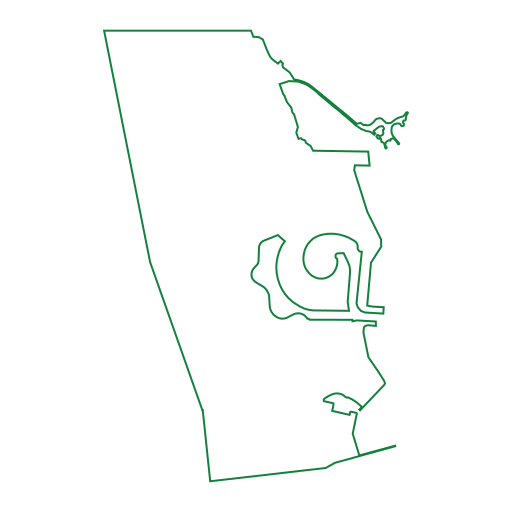 69, Al Daayen, Qatar (Robinson projection)
{"feature_id": "91078587B70962484835494", "entity_name": "69", "entity_type": "district", "adm_level": 2, "iso_a3": "QAT", "parent_name": "Qatar", "parent_adm1": "Al Daayen", "projection": "robinson", "projection_center": [51.528, 25.422], "detail": "fine", "context": "isolated", "style": "outline", "palette": "green", "viewbox_px": 512, "rotation_deg": 0, "n_neighbors": 0, "source": "geoboundaries", "source_scale": "gbopen_adm2", "svg_char_len": 5050}
<svg xmlns="http://www.w3.org/2000/svg" viewBox="0 0 512 512"><path d="M212.4,481.0L300.2,470.9L325.6,468.0L335.0,462.8L395.2,446.2L395.1,445.7L359.3,455.4L352.7,433.7L356.8,413.8L356.5,412.9L351.5,411.8L351.0,411.7L350.1,412.2L349.6,414.9L345.4,413.9L332.2,410.9L333.6,404.1L333.4,403.3L324.1,401.2L323.7,400.8L323.7,400.0L324.2,398.9L326.0,397.5L329.0,395.8L332.5,394.2L335.1,393.5L337.1,393.4L339.0,393.6L341.2,394.1L343.2,395.1L345.5,397.0L346.4,397.5L347.2,397.6L348.0,397.4L352.3,399.5L354.7,401.0L357.0,402.7L359.6,404.9L361.6,406.7L361.5,407.4L359.4,409.5L360.1,410.3L384.3,384.8L384.9,383.7L384.8,382.5L384.0,380.6L378.3,371.7L368.4,357.2L363.4,332.3L364.0,327.2L365.2,326.0L367.7,325.2L375.9,325.9L375.8,321.5L356.8,320.4L352.5,321.3L352.4,319.8L309.5,319.7L308.6,318.7L307.8,318.6L307.4,318.7L305.9,316.7L304.1,315.1L302.1,314.1L300.1,313.4L298.1,313.3L296.2,313.5L294.2,314.0L289.9,316.2L286.8,317.8L284.4,318.5L282.0,318.7L279.2,318.2L276.6,317.0L275.8,316.4L273.7,314.9L271.4,311.8L270.1,308.7L269.6,304.8L269.2,297.6L269.2,295.9L268.6,293.9L267.7,292.0L266.6,290.1L265.3,288.5L263.4,286.8L256.2,282.5L254.2,280.9L252.9,279.4L252.0,277.7L251.5,275.8L251.5,273.8L251.8,272.2L252.4,270.5L253.1,269.2L254.9,267.1L257.0,264.9L258.0,263.3L258.5,261.5L258.6,259.2L259.0,247.3L259.4,245.5L260.1,244.0L261.0,242.7L262.3,241.5L263.8,240.7L277.9,235.1L284.9,241.3L282.6,244.3L280.8,247.7L278.9,252.4L277.6,257.0L276.7,262.0L276.3,267.5L276.7,272.4L276.7,273.1L277.8,278.8L279.8,284.8L282.0,289.3L285.0,294.1L288.4,298.0L292.4,301.6L292.9,302.0L295.9,304.0L299.9,306.5L304.4,308.6L308.8,309.8L312.9,310.4L346.7,310.8L349.0,310.8L347.7,301.9L350.1,271.6L349.9,268.8L349.5,265.9L346.9,259.9L343.7,253.2L338.9,253.3L338.0,253.3L336.9,253.6L336.0,254.3L335.6,255.1L335.5,256.5L335.9,257.9L337.1,258.8L337.4,261.0L337.3,263.3L336.9,265.7L336.2,267.9L335.3,269.9L334.0,272.1L332.6,273.9L330.5,275.6L328.4,276.9L325.4,278.1L322.9,278.6L319.8,278.6L317.3,278.2L314.7,277.2L314.0,276.8L312.2,275.9L310.3,274.3L309.6,273.7L307.1,270.7L305.0,267.2L304.7,266.2L303.9,263.6L303.6,261.5L303.4,260.2L303.5,256.6L303.9,253.6L304.7,250.3L306.1,247.0L307.8,244.1L310.2,241.3L311.8,239.8L313.1,238.6L316.0,236.9L319.2,235.5L322.7,234.6L327.3,233.9L331.2,233.7L335.1,233.9L339.6,234.6L344.2,235.9L348.8,237.7L353.6,240.4L356.0,242.1L357.1,243.9L357.6,245.3L357.7,246.6L357.6,248.4L358.2,249.8L359.0,250.9L360.2,251.6L361.8,251.7L356.5,303.4L357.8,307.3L360.9,310.9L365.0,312.5L383.3,313.6L383.7,307.2L372.5,306.6L367.2,305.6L371.0,262.7L381.2,246.7L381.1,239.5L369.9,217.0L367.3,211.8L354.2,170.2L354.9,165.3L369.6,165.6L368.2,151.6L313.1,150.7L310.6,146.0L305.9,142.8L305.4,141.1L304.6,140.2L302.2,139.5L301.0,138.2L298.5,138.8L296.3,132.7L297.9,127.0L294.0,114.1L292.4,112.6L291.3,107.7L286.9,102.0L284.4,95.5L283.2,94.1L279.6,84.1L288.9,81.1L297.1,81.5L299.0,81.8L302.0,82.9L305.7,84.2L308.0,85.5L312.1,88.4L316.9,92.1L318.1,93.4L319.4,94.7L324.3,98.7L328.4,102.2L333.9,106.8L340.4,111.9L342.7,114.1L346.6,117.2L355.7,125.3L361.1,128.9L363.6,129.9L366.4,131.1L369.4,131.5L370.6,132.0L372.1,133.0L374.2,134.7L375.2,133.4L373.6,131.5L373.7,130.9L376.1,129.1L377.8,127.6L379.6,126.5L382.0,126.1L382.9,126.5L383.5,127.5L383.9,128.4L384.0,129.0L383.6,129.6L382.9,130.1L383.2,132.1L383.4,133.1L383.2,133.9L382.9,134.6L382.3,135.1L381.1,135.7L380.3,135.8L379.4,135.9L378.8,135.7L378.3,135.2L377.7,134.9L376.9,135.3L376.4,136.3L377.1,137.5L377.9,138.5L379.0,138.8L379.7,137.8L380.0,137.8L380.4,138.0L381.1,139.1L381.4,141.9L383.4,142.6L383.8,143.0L384.1,143.8L385.0,146.0L385.1,147.2L385.5,148.3L386.3,148.4L386.5,148.1L386.7,147.6L386.1,146.7L385.6,145.7L385.3,144.4L385.3,143.9L386.2,142.0L387.4,141.0L388.7,140.3L389.5,140.6L390.0,140.7L390.5,140.5L390.5,139.7L390.6,139.1L393.5,138.2L394.9,139.6L396.1,141.1L397.3,142.7L398.0,144.1L398.4,144.2L398.9,144.2L399.1,143.9L399.2,143.5L393.0,136.1L392.0,133.9L391.5,132.2L391.5,129.6L391.7,127.6L392.3,126.1L394.1,124.3L396.5,123.6L397.9,123.4L399.1,123.6L400.4,124.2L400.9,125.4L401.6,126.1L403.1,126.1L403.8,125.4L403.9,123.9L402.8,122.1L403.6,120.5L404.7,120.5L405.4,120.2L405.8,119.4L406.0,117.0L407.0,114.2L407.9,113.0L407.5,112.3L406.4,112.4L404.8,114.5L403.6,116.0L402.8,116.5L401.9,116.7L397.8,118.0L394.8,119.8L391.9,122.2L390.5,123.0L388.8,123.1L387.5,123.2L386.1,122.9L383.8,120.6L382.3,119.3L381.7,118.8L380.6,118.3L379.3,118.2L378.1,118.5L376.5,118.9L375.2,120.0L373.7,121.9L372.0,123.5L369.9,124.9L367.9,125.4L366.2,125.1L365.3,124.8L363.7,125.2L362.2,124.1L360.6,122.9L356.8,123.8L353.9,121.3L349.2,117.2L342.9,112.0L339.3,109.1L334.4,105.1L331.6,102.7L326.8,98.8L323.9,96.5L321.8,94.7L318.5,92.0L316.0,90.0L311.5,86.4L308.9,84.5L306.6,83.2L304.0,82.0L301.1,81.0L298.5,80.3L294.5,79.5L293.8,79.1L292.5,76.8L289.7,72.5L286.4,69.9L283.0,67.3L282.4,65.2L283.0,63.7L280.6,61.0L277.9,63.6L272.5,59.4L270.9,57.7L269.7,56.0L266.6,49.3L264.7,44.2L262.8,39.4L258.7,37.1L253.4,36.8L251.0,30.7L104.1,30.7L150.1,262.1L202.6,410.9L202.8,410.7L210.2,481.3L212.4,481.0Z" fill="none" stroke="#15803d" stroke-width="2"/></svg>